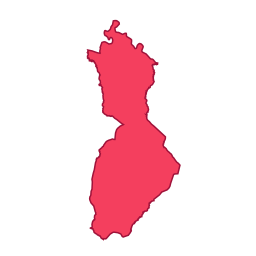 the district of Pho Chai, Roi Et, Thailand, rotated 174°
{"feature_id": "78962969B887090741861", "entity_name": "Pho Chai", "entity_type": "district", "adm_level": 2, "iso_a3": "THA", "parent_name": "Thailand", "parent_adm1": "Roi Et", "projection": "equal_earth", "projection_center": [103.793, 16.312], "detail": "fine", "context": "isolated", "style": "filled", "palette": "rose", "viewbox_px": 256, "rotation_deg": 174, "n_neighbors": 0, "source": "geoboundaries", "source_scale": "gbopen_adm2", "svg_char_len": 5897}
<svg xmlns="http://www.w3.org/2000/svg" viewBox="0 0 256 256"><g transform="rotate(174 128 128)"><path d="M145.0,215.8L147.3,211.0L147.1,210.0L148.0,207.4L148.0,206.1L147.8,205.4L148.0,205.2L150.8,206.1L155.6,208.4L159.7,209.7L159.5,209.2L160.0,208.6L159.7,207.6L159.9,207.1L160.4,207.0L159.8,206.1L160.0,205.4L159.9,204.9L160.7,203.9L160.6,203.4L160.9,203.0L160.6,202.3L160.9,201.8L160.4,201.2L159.7,201.6L159.3,200.8L159.4,198.9L158.4,198.6L158.0,199.2L157.7,198.7L157.6,199.2L157.2,198.9L157.1,199.3L156.6,199.3L156.3,198.8L155.9,198.7L156.1,198.3L155.4,198.4L155.5,198.0L155.2,198.1L155.2,197.8L155.0,197.7L154.8,197.2L154.5,197.2L154.4,196.4L153.9,196.1L154.0,195.7L153.3,194.6L153.4,193.9L153.3,193.4L153.1,193.3L153.4,193.1L153.5,192.5L152.5,191.6L152.7,191.2L152.4,191.1L152.3,187.7L151.7,186.6L151.2,186.3L150.8,185.5L150.6,184.3L150.2,183.7L150.3,183.4L150.8,183.0L151.6,180.4L151.5,179.1L150.7,178.0L150.7,175.6L151.3,174.9L151.2,174.5L152.0,174.5L152.3,174.1L152.0,173.3L151.5,173.3L150.9,173.7L150.7,173.3L150.4,173.4L150.4,172.7L149.2,171.1L149.3,171.0L149.3,170.6L149.7,170.2L149.9,169.4L149.7,168.6L149.8,167.2L149.5,167.0L149.8,166.2L149.5,165.4L149.3,165.4L149.3,164.8L149.0,164.4L149.6,162.5L149.4,161.7L149.6,160.9L149.5,159.1L149.1,157.7L149.8,156.5L149.6,156.0L150.9,154.5L151.1,152.9L150.1,151.8L150.6,150.2L151.0,149.9L150.9,148.9L151.3,148.0L151.3,146.4L151.0,146.4L151.0,145.8L150.4,145.2L150.0,144.5L148.1,143.1L147.6,142.6L147.6,142.3L146.9,142.2L146.8,142.4L145.5,142.0L145.2,142.2L144.4,141.5L144.0,141.7L143.3,141.4L143.0,141.7L142.1,141.4L140.1,139.0L138.3,137.6L134.4,133.7L132.2,131.9L135.5,130.7L138.3,128.8L139.5,127.5L140.9,124.4L142.2,118.0L143.1,118.1L144.8,118.7L145.6,118.4L148.6,117.8L150.6,117.0L151.4,116.4L153.9,113.5L154.5,112.3L155.4,112.0L156.0,111.2L157.9,110.0L158.2,109.4L158.8,109.4L159.1,108.8L159.0,107.8L158.5,107.5L158.7,106.7L158.4,105.5L158.2,105.4L158.3,104.8L158.8,104.3L158.8,103.2L159.7,102.7L159.8,102.2L160.1,101.9L160.5,102.0L161.3,101.2L162.2,101.3L162.5,100.8L162.4,100.3L162.9,99.9L163.0,98.7L163.9,97.0L165.9,89.9L167.2,86.8L169.2,80.8L169.1,78.1L170.2,70.9L171.3,68.9L171.9,65.4L172.4,64.3L173.0,63.6L173.5,61.9L173.5,60.6L172.6,57.4L170.2,54.0L169.3,48.1L168.9,47.1L169.1,46.1L169.0,45.5L169.6,45.2L170.4,44.2L170.8,42.1L170.6,41.7L170.6,40.7L171.1,40.5L171.1,40.1L171.8,40.0L172.1,39.4L172.5,39.3L173.1,38.3L173.9,35.9L173.9,34.1L174.0,33.6L174.3,32.5L175.3,32.7L175.8,32.4L175.0,31.7L174.4,31.7L173.5,31.5L173.4,30.4L172.9,29.9L172.6,27.7L171.2,26.4L170.2,25.8L169.5,24.8L168.4,24.5L167.9,23.7L167.0,23.5L166.1,21.2L164.6,20.1L164.4,20.4L164.1,19.8L163.9,20.1L162.5,20.4L162.0,20.1L161.2,20.3L156.8,24.4L153.8,25.8L152.9,25.9L149.0,24.9L146.4,23.5L146.0,22.9L145.1,20.8L144.2,20.1L138.9,21.3L136.5,23.9L136.3,24.5L135.8,24.8L135.5,25.7L135.8,25.9L135.5,26.4L135.8,26.7L135.8,27.1L135.5,27.4L135.4,28.0L135.0,28.3L134.6,29.8L134.0,30.4L133.8,31.2L132.7,32.1L131.8,32.3L132.0,32.6L131.8,33.0L130.6,33.6L130.4,34.0L130.6,34.2L130.1,34.5L128.9,34.9L128.2,35.6L128.2,35.3L127.7,35.3L127.5,36.3L127.1,36.5L127.1,36.9L126.0,37.5L126.1,37.9L125.8,38.2L125.6,38.3L125.6,37.9L125.4,37.9L125.3,38.1L124.7,38.1L124.1,38.5L123.6,38.4L123.0,40.4L121.9,41.3L122.0,42.4L121.7,42.9L121.0,42.6L120.4,43.5L118.2,43.5L117.4,43.9L117.1,45.2L116.0,46.3L115.4,46.4L115.3,48.1L114.8,48.7L115.0,49.2L114.9,50.3L114.7,51.1L114.3,51.1L113.8,51.6L113.6,51.4L113.4,51.9L112.6,52.1L112.0,52.8L110.8,52.8L110.2,53.3L109.8,53.2L109.9,53.8L109.6,54.5L103.7,58.2L101.1,60.8L95.6,62.4L93.7,63.9L92.4,65.7L91.4,68.5L87.5,77.0L86.4,77.4L83.2,77.3L80.2,85.6L81.7,87.7L82.9,88.7L84.0,90.4L85.8,93.7L86.8,94.8L87.0,95.9L87.7,97.5L89.0,98.7L89.3,99.3L90.5,100.4L91.6,101.9L92.2,103.4L93.7,105.1L94.2,104.9L94.9,107.0L94.7,108.3L94.2,108.5L94.3,109.1L93.5,110.3L93.8,110.6L92.7,112.0L92.0,113.4L91.7,115.3L102.0,127.1L104.3,129.4L106.1,132.1L107.4,133.4L108.0,134.3L108.4,135.7L108.2,136.7L108.5,137.5L108.0,138.4L108.4,139.0L108.2,138.9L108.3,139.2L108.1,139.2L108.0,139.9L107.8,139.9L108.0,140.7L107.0,141.9L106.6,141.8L106.6,142.5L106.0,142.9L105.9,143.8L105.6,144.5L105.9,145.5L105.9,147.0L106.6,147.7L106.7,149.2L107.6,150.8L107.2,151.9L106.8,152.2L106.4,153.5L106.7,153.7L106.6,154.0L106.9,154.6L107.9,155.5L107.8,156.6L107.5,157.2L107.1,157.2L107.3,157.8L107.0,158.2L107.1,158.8L106.8,159.9L106.7,160.2L106.4,160.0L106.2,160.6L106.6,161.1L106.4,161.4L106.0,161.4L106.0,162.8L105.4,162.6L104.5,164.4L103.3,165.1L103.1,166.1L102.2,165.8L101.6,166.3L101.6,166.7L101.1,167.8L99.2,168.6L97.2,171.4L97.3,172.0L97.9,173.0L97.5,173.8L97.7,174.2L97.6,175.0L97.8,175.3L97.5,176.1L97.7,176.8L97.3,177.4L97.2,177.1L97.0,177.9L96.6,178.4L96.9,178.5L96.4,178.9L96.4,179.7L96.0,179.8L95.8,180.4L96.6,181.3L96.0,181.9L96.0,182.3L96.2,183.1L96.8,183.5L96.9,186.0L97.4,187.6L97.3,188.0L96.8,188.4L96.6,188.1L95.6,188.2L95.6,188.6L94.9,188.5L94.7,188.8L93.6,188.3L93.3,188.6L92.8,188.1L92.6,188.3L92.0,188.3L91.7,189.5L93.7,190.1L95.8,193.3L96.5,193.9L97.9,194.2L98.6,194.7L102.2,199.7L105.8,202.0L106.2,202.9L106.1,203.8L104.6,206.7L104.4,207.5L104.8,208.6L106.1,210.2L107.5,210.8L108.6,210.5L110.0,209.3L111.3,206.5L112.0,206.2L112.8,206.3L113.8,208.6L115.5,210.5L115.8,211.2L115.8,211.9L115.3,214.2L115.3,215.4L116.0,216.3L119.6,219.0L119.9,219.6L119.8,222.0L120.0,222.4L121.0,222.5L123.6,221.7L127.3,224.0L129.4,224.4L130.1,224.9L130.4,225.7L130.6,227.5L130.5,228.9L130.0,229.3L128.8,229.6L125.8,232.3L125.8,233.5L126.2,234.3L128.0,235.9L129.6,236.2L131.4,236.1L132.6,232.3L134.2,230.6L135.3,228.0L137.4,226.4L138.5,226.3L140.5,227.3L141.0,227.1L141.4,226.2L141.7,224.9L141.5,223.1L141.0,222.3L140.1,221.9L138.6,220.2L138.2,218.3L137.9,217.9L137.2,217.9L136.6,219.2L135.8,219.8L135.0,219.6L134.3,218.8L134.0,217.0L134.5,214.9L134.9,214.3L135.7,213.7L138.2,213.5L140.4,215.2L141.9,216.1L143.2,216.2L145.0,215.8Z" fill="#f43f5e" stroke="#9f1239" stroke-width="1.5"/></g></svg>